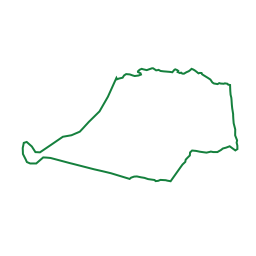 Yarmein, Nimba, Liberia (Robinson projection), rotated 84°
{"feature_id": "62588387B94510923567486", "entity_name": "Yarmein", "entity_type": "district", "adm_level": 2, "iso_a3": "LBR", "parent_name": "Liberia", "parent_adm1": "Nimba", "projection": "robinson", "projection_center": [-8.624, 7.522], "detail": "fine", "context": "isolated", "style": "outline", "palette": "green", "viewbox_px": 256, "rotation_deg": 84, "n_neighbors": 0, "source": "geoboundaries", "source_scale": "gbopen_adm2", "svg_char_len": 1927}
<svg xmlns="http://www.w3.org/2000/svg" viewBox="0 0 256 256"><g transform="rotate(84 128 128)"><path d="M178.8,131.7L177.7,130.1L177.0,127.1L177.0,126.5L177.1,124.2L178.4,120.2L179.3,116.9L180.9,113.4L182.5,107.0L183.7,106.1L183.7,103.5L183.0,101.2L183.9,95.8L184.4,94.6L185.4,91.2L180.3,86.7L172.8,80.1L170.0,77.6L167.7,74.6L165.5,73.9L163.6,71.7L161.8,69.4L158.8,68.8L157.1,66.6L157.9,62.7L159.1,59.0L159.8,56.2L160.5,53.3L160.7,52.5L160.2,48.4L160.1,48.1L160.8,45.9L161.3,41.5L160.9,40.8L159.7,38.0L158.3,35.8L158.2,35.2L157.8,32.6L156.8,28.8L161.5,23.6L160.4,21.4L157.0,21.1L155.4,21.3L154.0,21.5L151.7,20.8L147.3,22.0L146.5,22.2L140.6,21.5L134.4,22.4L134.2,22.4L129.8,22.3L126.0,22.1L125.5,22.0L125.0,22.0L119.2,22.3L115.8,22.3L110.9,22.1L108.6,22.1L105.6,22.5L101.9,22.4L95.9,22.0L95.4,23.8L94.4,24.5L93.7,27.0L94.0,28.1L93.5,31.1L92.9,32.6L93.7,34.3L92.7,37.9L91.9,38.9L91.4,39.4L88.4,41.0L86.6,43.2L83.9,46.7L83.6,47.1L82.3,48.7L81.0,49.1L80.7,50.9L81.0,52.2L79.1,54.1L77.7,55.6L76.6,57.1L75.8,58.6L76.9,60.0L77.9,61.7L78.6,64.0L79.8,66.6L79.6,68.3L78.5,69.4L78.8,70.6L77.5,72.8L76.4,72.1L75.4,73.3L74.6,74.9L75.0,75.8L77.2,78.1L76.7,79.9L76.4,81.3L75.4,86.6L74.7,89.6L73.4,91.5L73.5,91.8L73.6,94.0L71.3,96.7L71.1,97.8L72.4,103.3L71.2,106.8L70.6,108.2L71.3,110.4L72.7,112.2L73.4,112.2L74.9,109.8L76.2,109.5L76.9,112.0L77.0,115.9L76.2,117.9L74.9,120.6L74.2,124.2L75.3,126.4L77.4,128.1L77.9,131.9L78.4,133.8L77.0,134.3L89.5,141.6L94.8,144.7L102.4,150.2L108.5,154.6L117.9,166.4L119.6,168.3L120.2,169.0L123.4,172.6L126.6,176.3L129.3,185.0L129.9,193.7L131.3,196.3L136.6,206.1L143.0,218.1L142.3,222.6L136.3,225.6L131.3,230.2L131.9,233.2L135.1,234.2L136.9,234.8L142.9,235.2L148.9,232.9L150.5,232.4L151.3,232.1L153.0,229.1L153.1,228.8L153.7,223.0L148.4,215.4L149.0,211.7L149.7,208.2L152.1,201.9L156.8,189.6L157.7,187.1L165.5,166.1L168.3,157.9L171.2,149.7L178.8,131.7Z" fill="none" stroke="#15803d" stroke-width="2"/></g></svg>